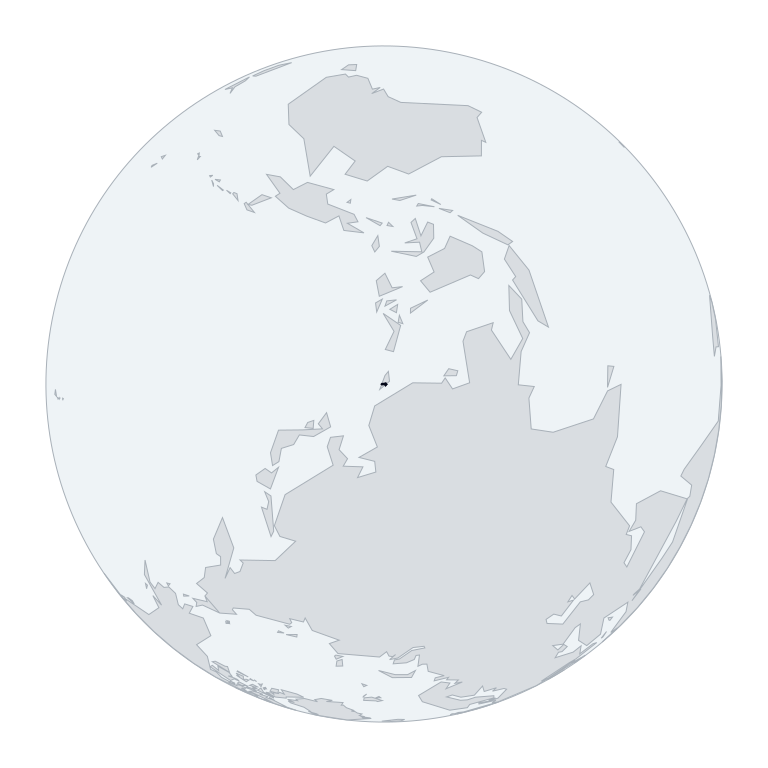 the Earth from above Taichung City, rotated 194°
{"feature_id": "TWN-1174", "entity_name": "Taichung City", "entity_type": "Special Municipality", "adm_level": 1, "iso_a3": "TWN", "parent_name": "Taiwan", "parent_adm1": "", "projection": "orthographic", "projection_center": [120.974, 24.233], "detail": "fine", "context": "on_globe", "style": "filled", "palette": "ink", "viewbox_px": 768, "rotation_deg": 194, "n_neighbors": 0, "source": "natural_earth", "source_scale": "10m", "svg_char_len": 11810}
<svg xmlns="http://www.w3.org/2000/svg" viewBox="0 0 768 768"><g transform="rotate(194 384 384)"><circle cx="384" cy="384" r="338" fill="#eef3f6" stroke="#a8b0b8"/><path d="M662.4,537.9L662.0,539.8L661.7,540.2L662.4,537.9ZM609.9,132.7L589.3,116.2L590.0,116.2L582.9,111.3L581.6,111.4L582.5,112.9L556.4,103.4L548.3,112.5L557.1,122.8L546.3,115.6L570.4,141.2L573.3,155.4L563.1,135.2L556.7,130.1L555.2,136.9L548.3,133.4L543.7,135.0L535.6,130.4L530.2,120.1L524.9,117.2L524.2,122.4L515.6,121.9L517.5,114.5L502.7,113.2L491.1,97.9L502.8,85.7L489.5,77.0L483.3,65.2L477.0,64.0L470.7,60.1L461.1,57.6L462.7,57.0L453.6,55.7L454.0,56.8L450.1,56.8L444.5,55.7L445.5,54.4L448.5,54.8L445.9,54.0L448.8,54.0L444.2,53.4L446.1,52.6L435.9,52.0L430.4,50.3L434.0,50.2L444.5,52.0L476.6,59.0L500.9,66.9L524.6,76.7L547.4,88.2L569.3,101.4L590.2,116.3L609.9,132.7ZM701.5,299.3L698.7,292.7L700.9,294.3L701.5,299.3ZM696.7,290.6L697.7,292.4L696.8,291.3L696.7,290.6ZM695.8,291.0L696.4,290.7L696.0,291.8L695.8,291.0ZM694.8,292.4L695.2,291.3L695.3,291.8L694.8,292.4ZM692.4,292.5L691.6,292.3L691.8,290.5L692.4,292.5ZM584.0,114.3L582.3,111.9L586.0,113.6L588.2,115.8L584.0,114.3ZM575.8,112.9L573.1,110.2L581.2,114.5L580.3,114.7L575.8,112.9ZM564.9,131.6L564.8,127.9L567.2,132.8L564.9,131.6ZM544.4,136.0L546.6,138.4L543.3,138.4L544.4,136.0ZM527.8,131.6L521.7,131.2L527.0,129.7L527.8,131.6ZM453.2,53.2L455.1,53.7L446.7,52.2L439.4,50.7L453.2,53.2ZM517.6,129.8L502.9,130.0L506.5,135.0L488.0,122.0L506.6,125.6L512.5,122.7L512.8,126.7L517.6,129.8ZM456.5,57.7L455.9,56.4L461.6,58.6L456.5,57.7ZM461.2,59.2L484.4,67.6L482.5,69.5L475.1,66.0L476.9,70.0L464.6,66.7L460.8,63.7L464.5,63.0L457.0,62.4L461.2,59.2ZM480.1,115.3L475.8,114.2L479.3,113.5L480.1,115.3ZM449.0,57.0L453.9,58.2L452.6,59.9L442.6,57.7L446.2,57.8L449.0,57.0ZM483.4,73.0L480.7,74.2L470.0,71.7L467.5,72.0L464.1,66.8L483.4,73.0ZM443.7,56.9L437.6,56.7L433.1,55.1L444.2,55.9L443.7,56.9ZM456.5,61.3L455.4,62.1L452.7,60.9L456.5,61.3ZM413.5,50.5L419.4,51.3L419.2,52.1L413.5,50.5ZM435.7,56.8L437.3,57.4L437.9,58.0L433.0,57.6L435.7,56.8ZM456.8,65.7L452.9,64.6L457.6,67.7L449.8,66.4L449.0,63.4L446.0,64.2L443.6,63.9L445.6,61.8L456.8,65.7ZM429.9,59.2L426.2,55.7L415.4,53.7L415.2,52.7L432.6,56.3L429.9,59.2ZM439.0,60.8L433.3,59.5L436.0,58.7L441.5,59.1L439.0,60.8ZM444.8,66.9L457.0,69.5L456.8,70.2L444.8,66.9ZM426.3,58.6L427.3,59.6L425.2,58.6L426.3,58.6ZM438.5,64.4L442.8,65.1L442.5,65.8L438.5,64.4ZM425.6,61.0L424.4,59.8L428.1,59.8L425.6,61.0ZM431.1,62.7L429.5,63.5L430.1,60.6L433.1,62.8L431.1,62.7ZM437.4,64.9L438.6,65.6L435.6,64.5L437.4,64.9ZM412.3,61.8L412.2,58.3L420.3,58.3L419.3,61.6L412.3,61.8ZM109.9,186.4L98.4,204.0L103.9,197.8L94.1,221.6L94.6,231.3L114.0,210.1L113.4,193.6L124.0,179.2L133.2,182.3L135.4,198.7L139.6,193.8L147.3,174.9L157.0,171.0L151.0,168.0L146.6,174.8L142.7,173.6L146.5,167.4L149.8,165.9L151.7,159.8L135.6,169.6L129.4,177.7L128.8,169.5L118.4,182.5L115.0,184.6L131.3,163.7L136.8,158.4L159.5,133.7L153.7,138.2L131.9,162.3L134.6,158.4L126.6,166.3L134.8,157.2L160.2,131.3L163.2,128.2L199.7,100.7L195.7,103.5L202.0,100.7L198.9,104.2L214.4,96.5L214.9,97.6L205.6,101.6L197.4,106.8L191.2,117.5L193.9,117.6L204.4,112.2L201.4,116.5L212.4,109.9L215.3,114.8L221.1,103.9L233.6,98.7L242.5,98.8L247.6,95.5L233.3,95.6L226.7,97.7L219.3,102.3L202.0,108.1L201.4,106.1L223.3,93.8L224.8,90.1L241.3,83.4L269.9,85.0L275.1,90.1L256.5,108.7L247.7,109.8L250.1,103.3L235.9,113.8L242.8,110.7L240.3,114.8L251.7,112.1L250.4,115.0L263.5,108.1L263.2,111.3L255.0,115.6L271.6,115.9L274.6,122.6L279.0,121.4L282.8,118.3L284.0,129.6L287.2,128.4L288.0,124.0L294.8,118.9L307.4,114.7L307.1,118.8L302.5,120.9L292.6,132.1L280.5,137.8L281.7,139.2L292.1,135.3L304.3,121.5L311.9,117.9L307.3,124.3L309.6,121.6L313.3,121.2L316.7,124.9L322.3,118.0L363.4,111.3L374.2,118.9L365.5,124.6L394.0,127.5L403.9,137.9L404.6,133.6L418.7,133.5L415.8,130.1L417.3,128.1L452.2,128.7L460.2,132.8L476.1,130.2L476.5,128.3L471.4,124.9L488.0,122.0L506.5,135.0L504.7,138.5L517.6,145.1L511.6,152.7L512.7,162.8L498.7,168.8L500.8,177.0L505.6,178.8L512.0,192.2L508.4,215.3L490.1,188.6L491.2,156.9L488.9,168.6L483.1,164.0L478.4,167.2L477.3,176.2L481.1,178.4L446.9,186.3L431.7,210.1L448.1,210.9L456.1,220.0L453.2,252.7L413.7,292.9L423.9,309.4L423.0,319.3L410.8,323.9L411.7,309.4L401.3,302.7L403.7,294.4L384.4,298.5L387.0,286.8L370.6,296.6L374.3,306.7L390.5,306.7L375.2,321.3L388.7,340.1L387.7,360.5L356.4,392.1L328.3,398.7L326.1,404.7L316.3,395.8L301.2,405.9L317.7,444.6L316.5,454.7L292.9,469.9L292.8,462.3L266.9,438.6L260.4,461.7L280.0,485.6L286.7,509.8L270.9,499.7L264.3,478.1L255.2,469.0L258.8,448.7L253.5,415.7L237.6,417.9L240.0,405.4L230.3,376.0L208.2,378.1L172.3,400.8L165.4,431.4L153.9,441.0L144.7,389.3L148.9,357.6L140.4,356.6L135.2,324.3L111.4,305.8L112.6,296.6L107.1,296.6L104.3,283.0L107.9,268.6L104.1,265.2L95.5,303.6L100.2,307.6L110.5,300.3L106.8,312.7L110.1,328.9L89.8,347.3L62.1,345.9L67.2,321.9L86.4,246.9L90.2,241.3L90.6,240.6L91.3,239.1L85.1,247.3L91.0,233.7L72.3,281.8L65.8,300.5L61.6,346.8L60.1,349.0L61.0,360.3L73.7,366.5L72.1,373.9L61.3,401.2L50.7,428.9L56.6,464.1L63.4,490.6L63.9,492.2L56.8,468.5L51.5,444.4L48.0,419.9L46.3,395.3L46.3,370.6L48.2,346.0L51.9,321.5L57.4,297.4L64.5,273.8L73.4,250.8L84.0,228.4L96.2,207.0L109.9,186.4ZM129.6,230.4L136.1,240.8L147.0,221.5L150.4,224.3L152.9,217.1L147.8,220.2L155.8,201.8L163.6,201.8L169.8,194.8L167.9,191.1L152.4,194.3L140.8,220.1L133.4,224.0L129.6,230.4ZM232.9,81.7L232.9,81.8L226.7,85.0L222.3,87.3L232.9,81.7ZM216.8,90.4L219.1,89.2L239.8,79.0L238.2,80.5L235.6,81.2L232.4,83.3L227.4,85.1L205.6,97.7L200.1,100.8L205.5,97.1L216.8,90.4ZM295.6,58.4L304.6,56.3L289.4,62.0L282.8,63.5L286.3,61.1L296.3,58.0L295.6,58.4ZM420.1,48.3L424.6,48.8L424.3,48.9L420.3,48.6L420.1,48.3ZM400.5,46.5L405.3,46.8L403.7,46.7L429.9,49.2L432.5,49.6L420.2,48.0L414.7,47.7L415.1,48.0L423.1,49.9L440.1,53.3L437.4,54.3L431.0,54.2L426.5,53.6L429.6,52.9L421.4,52.5L422.5,51.2L416.3,50.8L400.6,47.2L404.8,47.3L390.5,46.2L394.0,46.2L400.5,46.5ZM369.1,46.4L372.5,46.4L367.6,47.5L375.1,47.0L375.0,47.5L369.1,47.7L378.1,47.9L376.4,48.6L383.4,51.0L397.4,52.0L400.3,53.3L393.9,53.3L401.3,54.7L391.2,55.8L393.1,56.9L385.0,59.6L371.7,59.6L374.8,61.0L368.8,63.7L357.6,64.5L363.1,62.0L346.7,65.0L347.7,62.0L345.8,62.6L342.2,60.8L334.5,60.0L336.6,58.7L332.7,59.1L330.3,58.3L325.6,58.5L327.7,56.4L322.2,56.6L326.3,55.6L316.2,56.7L324.6,55.1L322.3,54.5L315.4,56.4L337.8,49.3L338.7,49.1L369.1,46.4ZM409.6,62.5L393.5,62.1L386.1,60.6L403.2,56.7L402.9,55.5L413.6,54.0L424.1,56.4L420.1,56.6L418.6,57.3L415.9,56.2L417.0,57.7L411.5,58.1L410.8,59.6L405.7,58.9L409.6,62.5ZM131.8,159.3L129.8,161.8L128.2,164.3L123.1,169.7L131.8,159.3ZM147.8,142.4L148.7,141.4L147.9,142.3L139.9,150.3L140.3,149.9L147.8,142.4ZM154.2,136.5L148.5,141.7L152.8,137.6L154.2,136.5ZM205.5,102.4L205.4,103.5L202.8,105.1L199.7,106.3L205.5,102.4ZM309.1,76.4L313.5,74.3L315.1,74.6L327.2,72.1L327.3,74.7L320.1,77.2L309.1,76.4ZM110.0,211.4L105.9,213.1L107.6,209.3L108.7,209.4L110.0,211.4ZM111.8,189.9L108.2,197.7L110.5,191.3L111.8,189.9ZM311.3,78.8L316.3,77.3L313.3,79.6L311.3,78.8ZM328.1,76.5L325.8,79.0L328.8,74.8L328.1,76.5ZM207.9,671.6L214.9,675.9L211.5,674.1L207.9,671.6ZM76.6,509.6L89.6,548.9L85.6,542.6L78.0,527.1L68.5,501.1L70.8,500.3L70.1,490.7L76.6,509.6ZM372.3,571.9L382.8,574.0L382.5,575.3L372.3,571.9ZM361.3,566.2L373.2,567.7L359.4,569.0L361.3,566.2ZM377.9,568.2L390.0,566.5L395.3,564.6L394.4,567.4L377.9,568.2ZM353.3,565.5L310.4,559.7L293.7,553.4L297.4,549.0L324.5,554.3L353.3,565.5ZM296.1,548.6L270.9,529.6L238.2,479.0L249.9,482.5L284.4,516.0L282.2,520.1L297.4,534.3L296.1,548.6ZM358.0,530.2L355.6,543.4L331.8,539.5L321.0,535.9L313.6,517.4L317.8,509.1L326.5,510.7L361.5,484.2L373.5,493.0L362.5,504.8L372.3,517.7L358.0,530.2ZM166.3,434.8L171.2,455.8L165.2,456.7L166.3,434.8ZM376.6,463.9L361.8,476.1L375.5,459.2L376.6,463.9ZM385.2,447.3L385.7,454.4L380.3,447.1L385.2,447.3ZM324.9,414.5L315.6,414.7L315.8,409.6L327.9,406.4L324.9,414.5ZM386.8,377.7L385.1,392.5L382.8,397.3L379.3,388.0L386.8,377.7ZM320.0,104.7L302.9,104.7L290.8,107.7L284.2,113.6L286.3,105.9L304.9,101.1L320.0,104.7ZM358.0,109.7L363.8,105.4L366.2,108.0L365.2,109.3L358.0,109.7ZM358.0,106.6L355.8,100.4L362.2,98.6L362.7,103.8L358.0,106.6ZM332.9,87.8L327.8,87.4L330.4,85.4L332.9,87.8ZM582.7,651.7L586.0,651.1L576.3,658.9L563.2,667.8L551.3,673.5L582.7,651.7ZM487.8,687.4L487.3,681.2L501.2,678.8L495.6,685.1L487.8,687.4ZM591.8,644.7L600.5,636.3L603.7,628.7L602.7,634.7L609.6,631.3L588.8,649.4L591.8,644.7ZM435.8,661.3L369.8,674.4L355.0,671.3L358.2,665.1L343.7,643.1L348.4,644.0L344.7,628.9L383.3,618.4L410.9,593.7L433.1,596.1L449.4,576.9L472.5,578.1L465.9,593.4L490.1,602.5L505.9,567.8L521.1,602.6L539.0,612.8L544.6,632.3L514.2,667.6L496.4,675.4L492.7,673.2L485.3,676.9L473.6,676.7L466.6,667.3L459.4,670.8L466.2,662.8L455.8,670.1L449.5,663.8L435.8,661.3ZM600.6,585.1L604.1,585.1L609.7,589.2L604.1,589.8L600.6,585.1ZM653.5,548.7L655.1,550.7L651.5,553.0L653.5,548.7ZM661.7,540.2L657.4,543.4L662.4,537.9L661.7,540.2ZM618.7,560.6L620.5,562.3L619.1,563.5L618.7,560.6ZM617.3,560.3L619.4,556.3L619.1,559.8L617.3,560.3ZM600.6,545.1L602.6,542.8L603.6,544.0L600.6,545.1ZM398.4,575.1L413.0,565.9L421.0,565.4L398.4,575.1ZM597.5,541.7L592.1,542.4L592.7,540.3L597.5,541.7ZM597.8,537.0L597.2,534.3L600.5,540.2L597.8,537.0ZM587.5,532.6L594.0,536.4L586.8,533.3L587.5,532.6ZM583.7,533.9L578.9,532.4L579.3,531.5L583.7,533.9ZM531.1,543.9L548.7,559.0L534.7,559.9L519.0,550.7L507.0,561.1L479.7,560.5L485.9,554.3L482.1,545.0L454.1,541.4L448.5,535.1L458.4,531.1L440.0,525.8L460.1,523.3L468.4,536.2L479.7,526.1L499.6,528.2L519.0,531.6L534.8,539.9L531.1,543.9ZM460.4,551.3L463.8,551.3L460.8,555.0L460.4,551.3ZM570.0,526.7L576.8,531.9L576.0,533.5L572.7,533.1L570.0,526.7ZM538.4,537.4L555.4,525.5L559.4,525.3L548.2,538.2L538.4,537.4ZM551.2,519.1L559.1,519.8L563.3,525.2L561.7,527.0L551.2,519.1ZM419.4,538.5L418.7,542.0L413.5,539.0L419.4,538.5ZM426.1,536.7L441.7,541.1L424.7,539.7L426.1,536.7ZM379.3,521.4L383.8,530.2L398.0,525.9L387.1,532.9L396.9,547.3L393.7,552.2L384.0,536.7L380.8,551.7L374.6,550.9L371.0,537.5L377.2,521.8L383.5,515.6L409.1,514.6L379.3,521.4ZM425.9,526.5L421.8,516.4L424.9,509.9L429.3,515.3L425.9,526.5ZM409.9,491.7L399.4,479.3L389.5,483.0L409.8,468.0L416.5,482.4L409.9,491.7ZM401.4,465.3L392.2,468.7L401.9,459.8L401.4,465.3ZM390.0,464.5L389.2,456.2L396.4,457.9L390.0,464.5ZM406.2,466.0L408.5,452.1L411.8,460.6L406.2,466.0ZM387.0,437.5L401.9,452.3L382.0,444.9L382.6,417.7L391.1,417.8L387.0,437.5ZM443.3,331.7L442.0,323.8L450.1,322.6L448.7,328.2L443.3,331.7ZM475.2,313.7L451.8,319.8L432.8,325.6L438.1,329.5L432.8,342.3L425.4,329.5L439.6,316.0L453.8,314.1L457.0,303.4L468.0,296.7L467.2,283.3L472.4,277.9L477.5,289.8L475.2,313.7ZM466.2,277.7L468.8,254.7L483.6,258.8L486.3,264.7L478.9,273.3L471.6,270.5L466.2,277.7ZM473.7,250.6L466.6,248.0L455.4,214.5L456.7,208.6L473.1,234.9L467.2,234.1L467.4,242.0L473.7,250.6ZM476.6,116.4L475.9,114.4L479.1,116.4L476.6,116.4ZM415.3,126.3L417.8,124.0L421.6,126.0L415.3,126.3ZM426.7,119.0L420.7,118.2L427.2,117.2L426.7,119.0ZM407.4,117.4L418.4,117.2L407.7,119.9L407.4,117.4Z" fill="#d9dde1" stroke="#a8b0b8" stroke-width="1"/><path d="M381.3,384.2L381.5,383.9L381.5,383.6L381.7,383.3L381.8,383.1L382.1,382.7L382.3,383.0L382.5,383.2L382.8,383.4L383.0,383.5L383.3,383.7L383.6,383.6L383.7,383.4L383.8,383.4L384.0,383.4L384.3,383.5L384.6,383.5L384.7,383.4L384.9,383.2L385.0,383.2L385.3,383.0L385.5,382.9L385.8,382.8L385.9,383.0L386.0,383.0L386.3,383.1L386.5,383.1L386.5,383.3L386.4,383.5L386.2,383.7L386.2,383.8L386.0,384.0L385.7,384.0L385.6,383.9L385.3,384.0L385.2,384.1L384.9,384.2L384.7,384.2L384.5,384.4L384.4,384.4L384.2,384.5L383.9,384.5L383.7,384.7L383.4,384.7L383.2,384.7L383.1,384.9L383.0,385.2L382.9,385.3L382.4,385.3L382.3,385.2L382.2,385.2L382.1,384.9L381.9,384.7L381.7,384.7L381.6,384.4L381.4,384.2L381.3,384.2Z" fill="#0f172a" stroke="#020617" stroke-width="1.5"/></g></svg>